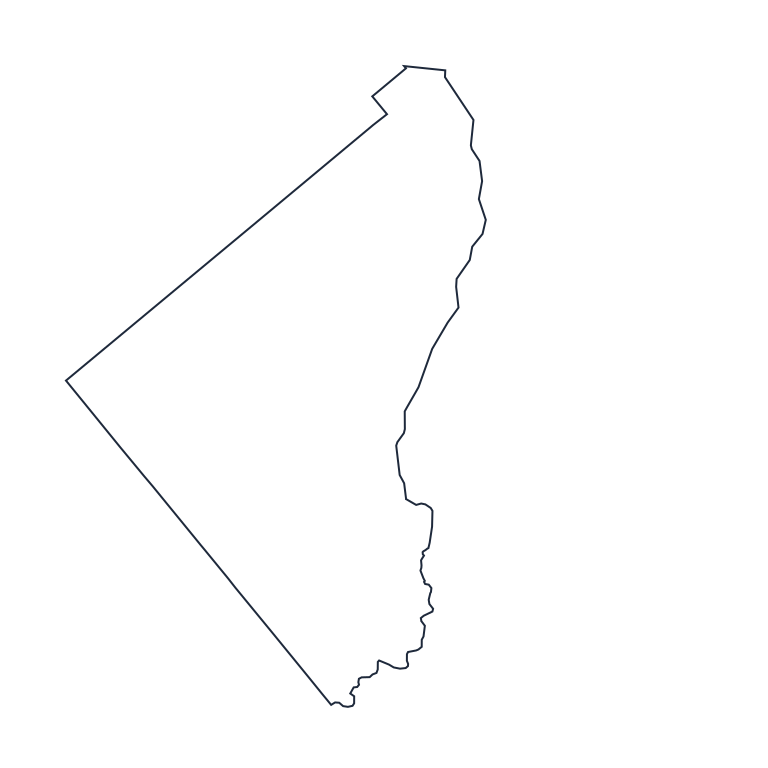 El Paso, Texas, United States of America (Albers equal-area conic projection), rotated 231°
{"feature_id": "52423323B54521825371801", "entity_name": "El Paso", "entity_type": "district", "adm_level": 2, "iso_a3": "USA", "parent_name": "United States of America", "parent_adm1": "Texas", "projection": "albers", "projection_center": [-106.454, 31.695], "detail": "fine", "context": "isolated", "style": "outline", "palette": "slate", "viewbox_px": 768, "rotation_deg": 231, "n_neighbors": 0, "source": "geoboundaries", "source_scale": "gbopen_adm2", "svg_char_len": 1750}
<svg xmlns="http://www.w3.org/2000/svg" viewBox="0 0 768 768"><g transform="rotate(231 384 384)"><path d="M330.9,140.5L319.3,140.3L260.7,140.7L204.5,140.9L192.1,140.9L182.5,140.9L167.9,141.0L167.3,145.6L164.5,148.6L159.4,149.5L155.8,152.8L153.7,157.0L154.6,159.8L160.1,164.3L164.7,163.0L167.3,169.5L165.4,172.5L166.0,175.3L168.4,176.4L170.7,179.0L170.1,182.0L165.2,188.4L165.5,192.3L164.2,196.3L166.1,199.5L171.9,204.3L172.2,206.2L162.8,211.3L157.6,213.2L152.7,217.3L149.6,222.1L149.7,225.1L151.3,226.6L154.5,227.6L159.6,231.8L160.6,234.0L156.7,241.3L156.0,243.7L156.0,247.9L161.5,252.4L162.9,255.8L165.5,258.5L170.4,263.6L176.3,263.8L176.7,264.1L178.9,265.3L178.9,269.1L176.7,278.4L178.4,280.7L184.4,280.8L187.6,282.6L188.3,283.1L192.3,288.3L192.8,289.6L195.6,292.4L199.9,292.5L202.7,290.1L205.0,290.6L205.3,291.8L208.3,292.4L216.0,294.9L216.4,295.4L217.2,296.7L217.6,297.3L219.4,299.0L223.6,301.8L224.0,302.7L224.1,303.0L224.4,303.8L225.5,307.1L225.9,307.1L227.2,307.0L229.0,308.2L229.1,308.8L229.2,309.4L228.9,311.1L228.8,312.6L228.8,314.1L228.5,315.2L231.9,319.6L242.9,331.6L254.9,341.8L258.2,342.3L264.4,340.4L267.7,337.7L269.8,332.9L280.7,328.7L280.9,328.9L294.2,337.2L303.4,338.9L328.4,354.7L330.4,357.8L333.3,368.5L335.8,371.8L349.7,382.9L351.5,387.4L357.6,403.2L359.8,408.8L381.0,443.6L391.7,472.2L396.5,490.0L414.1,501.2L420.0,506.6L426.4,528.7L435.2,539.0L438.6,555.0L447.5,566.4L468.0,574.1L479.9,587.9L497.2,598.6L511.2,600.0L514.8,601.7L532.9,619.7L584.1,624.5L589.2,629.0L618.4,599.7L615.5,599.7L614.9,555.9L591.8,556.1L592.1,538.8L590.1,395.8L586.8,139.0L551.4,139.1L500.7,139.2L462.7,139.6L450.0,139.9L446.5,139.9L374.0,140.2L367.1,140.3L365.3,140.3L331.1,140.5L330.9,140.5Z" fill="none" stroke="#1e293b" stroke-width="2"/></g></svg>